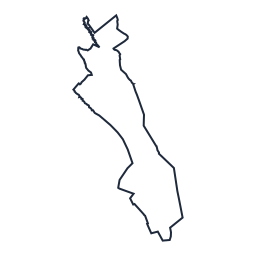 Iturbide, Nuevo León, Mexico (Robinson projection)
{"feature_id": "50627088B63300503507145", "entity_name": "Iturbide", "entity_type": "district", "adm_level": 2, "iso_a3": "MEX", "parent_name": "Mexico", "parent_adm1": "Nuevo León", "projection": "robinson", "projection_center": [-99.928, 24.644], "detail": "fine", "context": "isolated", "style": "outline", "palette": "slate", "viewbox_px": 256, "rotation_deg": 0, "n_neighbors": 0, "source": "geoboundaries", "source_scale": "gbopen_adm2", "svg_char_len": 4087}
<svg xmlns="http://www.w3.org/2000/svg" viewBox="0 0 256 256"><path d="M86.6,16.9L86.3,17.3L86.3,17.9L86.1,18.2L85.7,18.4L85.4,18.5L85.0,18.7L84.8,18.6L84.6,18.3L84.4,18.3L84.3,18.2L84.1,18.2L83.8,18.3L83.7,18.4L83.6,18.6L83.7,18.8L83.8,18.9L83.9,19.1L84.1,19.4L84.1,19.7L84.0,19.9L83.8,20.1L83.5,20.2L83.4,20.5L83.4,20.8L84.0,21.5L84.7,22.4L84.1,23.2L84.2,23.4L84.3,23.6L84.1,23.8L84.0,24.0L84.3,24.0L84.5,23.9L84.9,24.1L84.7,24.3L84.8,24.4L84.8,24.5L84.8,24.8L85.0,24.8L85.1,24.7L85.3,24.8L85.3,25.0L85.3,25.4L85.4,25.5L85.6,25.5L85.8,25.2L86.0,25.3L86.1,25.6L85.9,25.8L85.6,26.0L85.9,26.2L86.0,26.2L85.8,26.6L85.6,26.8L85.6,27.0L86.0,27.0L85.9,27.3L86.2,27.4L86.5,27.3L86.8,27.4L86.7,27.7L86.6,28.1L86.9,28.3L87.1,28.0L87.3,27.9L87.5,28.2L88.1,28.2L88.6,28.1L88.5,28.3L88.3,28.3L88.1,28.5L88.5,28.9L87.7,28.9L88.0,29.4L88.4,29.8L88.8,29.9L89.2,29.7L89.3,29.7L89.5,29.9L89.6,30.2L89.4,30.6L89.9,30.9L89.9,31.1L89.3,31.5L89.2,32.0L89.6,32.2L89.7,32.4L90.0,32.4L90.3,32.4L90.6,32.4L90.8,32.7L91.0,32.8L91.2,32.6L91.2,33.0L90.9,33.5L91.2,33.9L91.3,34.3L91.1,34.5L91.0,34.8L91.7,35.3L92.5,35.0L92.6,34.9L92.8,34.9L93.1,35.0L93.3,35.2L93.2,35.4L93.1,35.6L92.8,35.6L92.6,36.6L92.7,36.8L92.5,37.0L92.3,37.2L92.3,37.3L92.5,37.4L92.6,37.5L92.6,37.9L92.6,38.2L92.7,38.4L93.0,38.3L93.1,38.1L93.3,38.1L93.2,38.4L93.1,38.6L93.0,38.8L93.5,38.9L93.7,39.0L93.6,39.4L93.4,39.7L93.4,39.8L93.7,39.9L93.9,39.9L94.0,40.1L94.4,40.1L94.6,39.9L94.8,39.9L95.0,40.1L94.8,40.2L94.7,40.3L94.6,40.6L94.8,40.6L95.0,40.6L95.3,40.7L95.3,41.0L95.1,41.1L95.0,41.3L95.0,41.6L95.0,41.9L95.0,42.2L95.5,42.3L95.9,42.4L96.1,42.6L96.2,42.9L96.1,43.3L96.1,43.9L96.3,44.2L96.7,44.3L97.0,44.4L99.5,47.3L93.2,44.3L90.4,48.7L89.6,49.1L87.7,50.4L86.2,49.7L85.8,49.8L85.4,49.9L84.9,49.7L84.6,49.7L84.1,49.7L83.6,49.6L82.9,49.4L82.0,48.9L81.0,48.7L80.3,48.2L79.4,47.3L78.4,47.4L78.3,47.6L78.3,48.3L78.2,48.6L78.4,49.4L78.2,49.7L78.1,50.3L78.3,50.9L78.4,51.1L78.6,51.5L79.0,53.0L80.0,54.5L80.7,55.3L80.9,55.8L81.1,56.0L81.5,56.8L81.7,57.0L82.1,57.3L82.9,58.6L83.2,59.0L83.9,59.4L84.0,59.8L83.9,60.3L84.0,60.5L84.3,60.8L84.4,61.6L84.6,61.9L84.9,62.2L84.7,62.9L84.9,63.2L85.4,63.6L85.4,64.3L85.5,64.7L85.8,65.1L85.8,66.4L86.0,67.0L86.2,67.9L88.4,70.6L91.0,72.5L91.8,74.9L87.9,75.3L87.3,76.1L84.6,79.4L84.6,79.5L81.5,82.3L81.2,83.0L80.9,83.5L80.6,83.9L80.3,84.0L80.1,84.1L79.9,84.3L79.8,84.2L79.5,84.0L79.3,83.7L79.1,83.6L78.7,83.4L73.4,89.6L74.5,90.7L74.6,91.6L75.2,92.0L75.8,92.9L76.9,93.7L77.4,94.1L78.8,94.8L79.5,96.0L79.2,97.1L80.2,96.9L81.1,97.7L81.4,98.9L82.2,98.7L82.7,99.0L82.6,100.7L83.6,101.1L84.4,102.0L84.9,103.2L86.6,104.0L87.1,104.7L88.6,105.3L89.0,106.0L88.9,106.5L89.0,107.1L89.4,107.6L90.3,107.8L91.7,109.4L91.8,110.3L93.1,110.3L94.5,112.6L95.0,113.1L99.3,115.5L110.5,125.1L117.6,132.4L121.1,136.9L122.9,139.3L125.6,145.0L127.7,149.4L131.4,160.0L132.5,163.2L127.5,168.2L119.6,179.9L118.6,185.5L118.2,187.8L119.4,188.6L127.4,191.5L133.6,193.7L130.1,198.3L133.2,204.5L134.5,204.0L136.9,206.7L137.2,207.0L139.9,210.0L140.3,210.5L140.7,210.9L140.8,211.0L144.0,214.6L144.2,215.1L145.1,215.7L147.9,223.4L147.1,223.8L148.6,227.3L151.2,233.1L151.3,233.3L157.8,231.6L162.7,240.6L169.7,240.0L170.8,236.5L171.0,232.3L170.1,227.7L182.6,217.6L179.0,199.1L177.4,191.3L173.9,168.0L162.4,157.0L158.9,153.7L159.0,152.9L159.0,152.6L157.5,150.3L157.0,148.0L156.6,146.4L156.4,146.4L143.7,125.7L143.8,121.1L144.0,114.7L141.6,107.9L138.9,100.2L136.9,94.7L135.6,91.6L133.3,84.6L133.4,84.2L133.5,84.1L133.2,84.1L133.1,83.9L132.6,83.2L131.9,82.7L130.9,80.6L129.9,80.0L128.5,78.5L127.7,77.3L126.0,74.1L121.1,69.7L120.0,65.3L119.7,60.4L119.7,60.1L119.7,59.8L119.9,59.6L120.2,59.4L119.6,55.5L119.9,54.8L120.2,54.2L119.6,53.4L119.1,52.8L119.0,52.4L118.4,51.6L117.9,51.3L117.6,50.9L116.5,50.2L116.1,50.1L115.7,50.0L114.9,49.9L114.2,49.5L113.7,49.0L113.5,48.5L124.6,41.2L127.6,38.6L127.8,36.6L127.2,35.8L126.2,34.8L124.9,34.0L124.0,33.6L121.1,31.7L118.5,29.8L117.1,28.6L117.7,24.6L117.2,21.0L117.8,20.0L117.3,18.1L116.2,15.4L94.6,32.8L88.8,24.7L87.7,23.7L88.1,21.0L88.7,20.5L88.0,18.8L86.6,16.9Z" fill="none" stroke="#1e293b" stroke-width="2"/></svg>